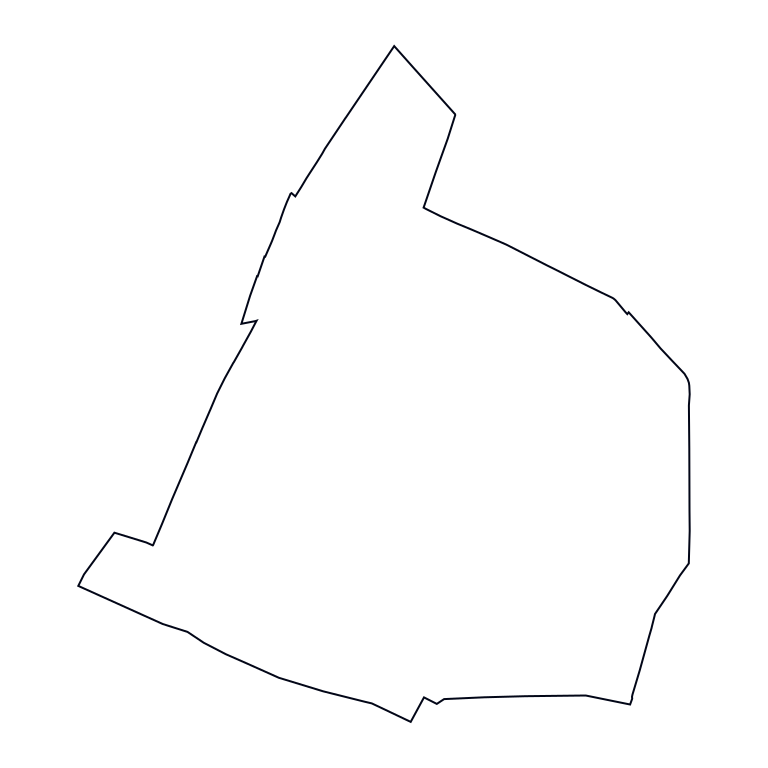 Tlaltenango, Puebla, Mexico
{"feature_id": "50627088B74613922944869", "entity_name": "Tlaltenango", "entity_type": "district", "adm_level": 2, "iso_a3": "MEX", "parent_name": "Mexico", "parent_adm1": "Puebla", "projection": "albers", "projection_center": [-98.344, 19.163], "detail": "fine", "context": "isolated", "style": "outline", "palette": "ink", "viewbox_px": 768, "rotation_deg": 0, "n_neighbors": 0, "source": "geoboundaries", "source_scale": "gbopen_adm2", "svg_char_len": 1801}
<svg xmlns="http://www.w3.org/2000/svg" viewBox="0 0 768 768"><path d="M78.3,585.9L83.1,588.1L162.7,624.0L187.5,631.9L203.8,642.8L225.8,654.2L248.3,664.1L278.9,677.8L323.1,691.3L364.6,701.7L371.8,703.4L377.3,706.0L410.7,721.9L424.0,697.4L436.8,703.9L444.1,699.1L484.2,697.3L525.3,696.2L585.7,695.5L630.1,704.5L632.2,698.7L632.0,696.8L632.5,694.5L639.7,670.5L640.7,666.9L649.3,635.8L651.6,627.9L651.8,626.9L654.5,616.2L655.0,614.0L667.3,595.8L680.0,575.4L688.8,563.4L689.7,530.9L689.5,510.3L689.4,476.2L689.3,448.9L688.9,405.4L689.7,394.3L689.5,390.1L689.3,385.7L688.9,382.8L687.5,378.9L684.5,373.8L671.4,360.0L660.6,348.5L651.4,337.6L628.7,312.3L627.3,314.1L625.6,312.3L619.1,304.5L615.4,300.1L613.5,298.5L612.1,297.7L600.6,292.2L585.7,284.9L553.1,268.4L547.2,265.5L506.3,244.6L497.4,240.7L495.5,239.9L490.0,237.5L473.7,230.5L472.3,229.9L457.3,223.7L440.5,216.2L431.1,211.5L425.7,208.8L424.0,207.8L423.6,207.6L424.8,204.2L425.1,203.3L435.7,172.3L441.3,156.6L447.3,139.9L447.7,138.8L452.9,122.4L454.7,116.7L455.2,115.3L455.1,114.2L454.7,113.8L412.9,67.1L394.2,46.1L353.6,106.1L345.7,117.8L345.4,118.1L344.3,119.8L324.9,148.8L322.3,153.5L317.0,162.0L313.1,168.0L309.2,174.0L306.5,178.2L301.2,187.1L295.3,196.4L291.5,193.1L290.5,193.8L289.4,196.4L286.9,202.0L284.0,209.4L281.1,217.6L279.7,222.1L276.0,230.5L274.4,234.8L272.1,240.8L271.0,243.4L267.9,250.5L265.2,256.7L264.5,256.5L257.7,276.3L257.1,276.1L250.1,295.8L241.4,323.8L255.4,321.1L256.6,320.7L256.1,321.6L251.2,331.0L251.0,331.4L242.5,346.7L242.4,347.0L233.7,362.4L233.4,362.7L224.7,378.4L217.0,393.8L216.9,394.1L210.1,410.2L209.9,410.6L203.0,426.6L202.8,427.0L196.4,442.3L196.2,442.2L187.7,462.7L172.1,499.2L162.0,524.0L153.1,545.1L152.8,545.4L146.3,542.5L114.4,532.7L84.0,574.4L78.3,585.9Z" fill="none" stroke="#020617" stroke-width="2"/></svg>